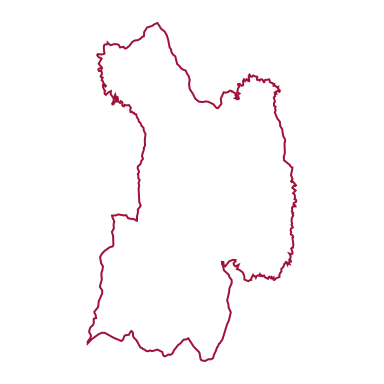 the district of El Peñon, Cundinamarca, Colombia
{"feature_id": "7082276B2914130191559", "entity_name": "El Peñon", "entity_type": "district", "adm_level": 2, "iso_a3": "COL", "parent_name": "Colombia", "parent_adm1": "Cundinamarca", "projection": "equal_earth", "projection_center": [-74.297, 5.266], "detail": "fine", "context": "isolated", "style": "outline", "palette": "rose", "viewbox_px": 384, "rotation_deg": 0, "n_neighbors": 0, "source": "geoboundaries", "source_scale": "gbopen_adm2", "svg_char_len": 5931}
<svg xmlns="http://www.w3.org/2000/svg" viewBox="0 0 384 384"><path d="M112.0,215.6L112.3,216.9L114.3,221.5L113.6,224.2L113.8,228.6L111.9,231.9L113.1,235.9L113.4,245.0L112.7,246.4L109.8,247.2L104.6,250.9L101.8,253.9L100.1,257.1L101.1,263.2L102.9,266.2L102.5,269.8L101.3,273.5L101.8,279.5L100.0,286.1L100.1,287.3L102.2,290.4L102.2,293.5L98.8,301.2L98.1,307.1L94.4,311.6L94.4,312.7L95.6,314.9L96.1,318.1L93.9,318.6L93.6,319.6L93.9,322.3L93.1,324.9L90.4,327.4L89.2,330.7L89.3,332.4L90.8,335.1L90.9,336.4L90.1,338.4L87.7,341.6L87.7,343.4L91.3,339.6L93.8,337.7L98.5,334.3L102.1,332.7L104.9,332.9L113.7,337.8L121.4,341.0L123.0,339.7L124.3,336.1L125.2,335.3L128.9,334.8L130.8,331.3L131.7,331.1L132.9,332.7L133.1,336.0L133.7,337.5L136.6,340.5L140.4,347.5L142.1,348.0L142.8,348.9L144.7,349.7L146.5,351.1L148.4,351.2L150.1,350.4L152.0,351.2L157.3,349.6L162.3,352.0L163.0,354.6L164.0,356.2L165.4,356.2L168.5,354.5L170.2,354.9L172.4,353.6L174.1,350.1L178.0,345.2L180.6,343.2L183.2,340.1L184.1,339.5L186.1,339.5L188.3,338.3L193.6,346.5L199.4,352.5L200.6,359.1L201.5,360.3L205.1,361.0L208.4,359.2L210.7,359.4L213.1,358.2L214.0,354.6L215.9,350.8L216.9,347.7L218.3,345.7L218.7,344.1L220.0,343.0L222.5,339.3L227.0,324.5L228.9,320.4L230.8,312.3L228.6,307.5L228.4,304.2L227.1,300.6L229.1,292.2L229.4,288.4L231.7,283.2L231.6,279.9L229.5,277.2L228.7,274.7L223.9,270.3L223.1,266.1L222.2,264.4L221.9,261.9L223.3,262.0L223.8,265.2L225.2,266.4L229.3,261.2L232.8,259.9L235.5,260.0L235.6,261.2L233.6,263.1L233.9,264.9L235.4,266.4L238.6,264.8L236.9,269.1L239.1,269.7L242.8,272.4L244.3,276.2L244.4,279.5L248.3,281.2L250.3,279.9L251.2,280.0L251.2,278.6L253.1,274.9L254.2,276.3L255.4,276.3L255.9,277.6L256.6,276.2L258.0,275.4L258.9,275.6L259.8,274.2L260.5,276.2L260.9,276.2L261.6,275.3L262.9,276.3L264.0,275.5L265.1,277.4L268.0,278.8L268.7,277.1L269.4,276.7L270.6,278.0L271.6,277.0L272.2,278.5L273.6,277.5L273.7,279.8L274.2,280.0L276.4,278.1L279.5,277.0L279.3,275.2L280.3,272.8L281.4,271.6L281.3,269.0L283.4,266.8L284.5,263.7L285.4,263.4L285.9,262.0L286.6,262.1L287.6,264.7L288.1,263.3L289.5,263.9L289.0,262.8L289.5,261.5L290.9,261.6L290.6,260.2L289.3,259.7L290.3,258.3L290.6,257.0L290.2,254.9L289.3,253.5L291.6,254.2L292.5,253.4L292.5,252.2L291.2,248.7L291.9,247.8L292.9,247.7L293.4,244.5L292.4,237.8L293.2,237.3L293.2,236.7L292.5,235.3L291.3,234.9L290.7,233.9L291.3,232.3L290.6,230.4L290.8,229.1L291.3,228.3L292.8,227.5L291.6,224.8L292.2,223.4L291.6,221.8L291.8,218.1L293.3,215.3L292.4,213.9L293.2,213.0L291.8,211.5L292.2,210.4L292.0,208.0L292.3,207.1L292.9,206.6L295.5,206.4L295.1,205.4L293.6,204.7L293.5,204.0L293.9,202.9L295.8,202.1L296.3,200.7L295.9,199.7L294.5,199.2L295.0,197.5L294.8,195.3L294.4,194.3L293.1,193.3L295.6,190.5L292.3,187.8L293.8,185.8L295.4,186.0L296.0,185.3L292.9,181.6L291.8,182.1L291.1,181.3L292.5,179.0L291.0,175.3L292.5,167.7L290.5,166.3L289.6,164.8L284.0,160.3L283.8,156.6L284.7,153.9L284.8,151.2L284.5,143.4L285.2,140.7L284.7,138.7L283.3,136.3L282.1,129.0L280.3,126.3L279.8,121.6L277.4,118.7L274.8,112.4L275.6,110.5L275.1,108.4L275.5,106.6L274.3,106.2L273.9,104.1L274.0,103.1L275.0,101.7L273.8,97.4L275.2,96.1L274.8,93.2L276.3,93.6L275.7,91.8L277.5,91.0L279.4,91.8L279.9,90.6L278.1,88.6L278.2,86.8L277.0,87.3L275.1,85.7L273.7,85.8L274.1,84.2L273.3,84.4L272.6,83.2L270.1,82.3L269.2,79.4L265.2,80.0L264.6,80.5L264.3,82.1L263.9,82.2L262.3,79.5L260.4,79.3L259.6,80.6L258.9,80.0L257.1,79.8L256.8,78.9L257.4,77.6L257.2,76.8L255.3,76.5L253.2,75.5L252.1,76.7L251.2,76.8L249.5,74.6L248.7,76.0L249.0,78.0L248.6,79.0L249.3,80.2L249.1,81.1L248.1,80.9L246.5,79.2L245.1,81.1L243.9,79.4L243.1,80.9L243.2,84.7L242.8,85.5L241.6,85.7L239.6,83.8L238.0,84.2L238.0,84.8L239.3,86.5L238.0,88.5L237.2,92.3L239.5,93.5L237.0,95.7L238.4,96.9L238.9,98.5L238.6,99.0L237.2,99.3L235.0,98.2L236.7,97.3L235.4,95.2L236.0,93.7L233.5,92.4L232.8,91.5L231.8,91.6L231.0,90.8L229.8,90.6L228.4,91.8L225.9,92.7L223.7,92.3L220.8,98.6L221.4,103.9L217.8,108.2L216.5,107.9L213.3,104.2L208.3,101.8L205.8,101.4L202.7,102.1L198.9,101.6L195.3,98.8L193.1,94.2L189.8,89.1L189.0,84.3L189.7,79.8L188.5,75.6L187.2,74.0L185.5,70.4L183.4,69.8L180.9,68.1L180.3,67.0L177.1,63.9L175.3,56.4L172.8,54.3L171.6,52.4L170.9,49.2L169.6,47.4L168.1,39.4L166.8,35.4L164.6,31.5L161.1,28.8L157.5,23.0L155.0,23.9L152.1,25.9L147.1,27.5L144.2,31.9L143.9,36.3L142.1,36.9L140.5,38.7L137.9,40.1L134.5,40.6L132.3,42.0L129.2,46.0L126.1,48.4L125.0,48.5L123.5,46.8L120.0,47.4L118.9,45.1L117.5,44.3L114.4,44.1L110.7,45.1L109.7,44.7L107.6,42.6L107.5,44.0L107.2,44.3L104.6,44.6L104.0,45.7L103.8,47.7L104.1,51.7L104.6,53.0L104.4,53.7L102.1,54.5L97.8,54.1L97.2,55.0L98.4,57.0L101.6,58.6L98.7,63.8L101.9,67.5L102.0,68.5L101.3,68.8L100.3,68.2L99.1,68.6L98.5,69.0L98.4,70.0L99.0,71.0L101.4,70.9L102.0,74.0L100.6,76.2L101.0,77.0L102.7,77.6L101.6,80.2L103.0,81.4L103.5,83.3L105.9,85.8L105.5,86.5L103.3,84.4L102.8,85.3L103.3,87.8L104.2,89.9L105.1,90.7L104.5,92.0L104.8,94.0L106.0,94.8L108.1,92.5L110.9,91.2L110.7,94.3L113.5,97.9L113.7,100.8L112.2,103.6L112.5,104.4L113.5,104.2L114.8,101.7L116.6,101.5L114.8,97.5L114.8,95.4L115.2,94.7L115.6,97.2L116.5,98.8L117.2,96.9L117.6,97.1L118.1,100.9L119.7,102.8L120.2,102.9L120.9,101.2L122.2,102.1L122.5,103.0L122.2,105.0L122.7,105.9L124.0,106.4L124.6,104.9L126.4,105.4L129.0,105.1L130.9,107.9L130.2,109.6L130.5,112.0L132.0,111.8L132.6,112.7L134.0,112.8L134.6,114.1L136.2,114.3L136.8,116.9L138.5,119.7L138.8,121.6L140.3,122.7L141.5,125.8L143.5,127.7L143.8,130.5L145.5,134.1L144.8,140.3L145.0,145.2L144.5,146.8L143.7,148.0L144.0,149.2L142.1,155.1L142.1,156.8L142.8,157.9L142.9,159.1L141.4,160.8L140.5,164.1L138.1,166.2L137.7,167.2L137.7,168.6L138.8,170.9L138.9,172.6L137.8,174.1L138.3,175.3L138.4,178.4L139.6,179.9L138.5,183.6L139.2,185.1L138.6,188.8L139.3,202.1L140.7,205.4L140.3,206.5L137.8,209.5L138.0,212.0L137.0,216.4L137.0,220.7L135.8,220.4L134.8,219.4L128.2,218.3L126.2,215.2L123.7,215.4L118.2,214.4L116.0,215.4L112.0,215.6Z" fill="none" stroke="#9f1239" stroke-width="2"/></svg>